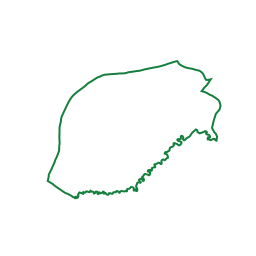 Atsaphone, Savannakhét, Laos (Mercator projection), rotated 150°
{"feature_id": "54806243B37030800305867", "entity_name": "Atsaphone", "entity_type": "district", "adm_level": 2, "iso_a3": "LAO", "parent_name": "Laos", "parent_adm1": "Savannakhét", "projection": "mercator", "projection_center": [105.412, 16.945], "detail": "fine", "context": "isolated", "style": "outline", "palette": "green", "viewbox_px": 256, "rotation_deg": 150, "n_neighbors": 0, "source": "geoboundaries", "source_scale": "gbopen_adm2", "svg_char_len": 5525}
<svg xmlns="http://www.w3.org/2000/svg" viewBox="0 0 256 256"><g transform="rotate(150 128 128)"><path d="M148.1,185.3L153.9,184.7L158.4,183.8L160.4,183.2L162.4,182.4L165.0,181.1L170.1,177.8L179.1,171.5L180.3,170.5L181.4,169.3L183.1,167.0L184.8,165.1L186.1,163.8L187.0,162.7L187.8,161.4L188.8,159.6L192.1,154.3L194.9,148.9L195.6,147.9L196.5,146.9L197.3,145.5L198.6,143.5L198.9,142.9L203.8,138.8L206.9,136.7L209.1,134.7L213.3,131.8L214.7,130.7L218.9,127.9L220.1,127.0L220.9,125.6L224.0,122.3L221.4,117.5L220.7,115.7L219.2,112.1L214.8,103.1L213.2,101.2L211.2,98.1L210.1,95.5L209.3,94.9L209.2,94.7L209.0,93.7L208.9,93.6L208.6,93.7L207.9,94.6L207.6,94.6L207.4,94.5L207.4,94.3L207.8,93.5L207.7,93.2L206.8,92.9L206.3,92.9L205.7,93.1L205.3,93.5L205.4,94.0L205.3,94.3L204.4,94.8L204.4,95.4L203.2,96.0L202.4,96.5L202.1,96.4L201.7,95.7L200.6,94.7L199.8,93.3L199.6,93.3L199.3,93.5L199.1,93.8L199.1,94.7L198.9,94.9L198.7,94.9L198.4,94.5L197.7,93.8L197.1,93.5L196.6,93.6L196.1,94.0L195.7,93.9L194.8,93.2L194.1,92.2L193.5,91.8L193.1,91.7L192.8,91.8L192.1,92.4L191.8,92.5L191.7,92.3L191.6,92.0L191.4,91.2L191.2,90.9L190.5,90.6L190.0,90.2L189.9,89.8L190.0,88.7L190.3,88.3L190.2,88.2L189.7,88.1L188.6,88.3L188.3,88.5L188.1,88.9L187.8,89.0L187.0,88.6L186.5,88.2L186.5,87.7L186.6,87.3L187.2,86.4L187.1,86.0L186.9,85.7L186.7,85.6L186.1,85.9L185.4,86.6L185.1,86.7L184.9,86.5L184.8,86.3L184.8,85.5L184.7,85.3L182.7,84.8L182.4,84.9L182.0,85.2L181.5,85.4L181.3,85.3L181.0,85.1L180.9,85.0L180.9,84.7L181.7,83.6L181.7,83.2L181.4,83.1L180.8,83.4L180.6,83.4L180.0,83.0L179.8,82.4L179.9,81.6L179.7,81.2L179.1,80.5L178.5,80.1L178.1,80.1L177.1,81.0L176.6,80.8L175.9,80.4L175.1,79.3L174.7,78.9L174.2,78.9L173.7,79.0L173.0,79.6L172.8,79.6L172.4,79.5L170.6,78.5L170.1,79.0L169.9,79.1L169.3,79.0L168.8,78.7L168.6,78.0L168.1,77.6L168.0,77.2L167.9,76.4L167.8,76.2L167.3,76.2L166.5,77.0L166.4,77.0L166.0,76.9L165.3,76.7L164.4,76.1L163.8,75.5L163.0,75.0L162.5,74.8L161.5,74.7L161.1,74.0L160.8,73.8L160.6,73.8L160.4,73.9L160.1,74.6L159.5,75.0L159.1,75.5L157.6,74.9L157.0,74.8L156.5,74.9L155.3,75.3L155.1,75.4L154.7,75.3L153.4,74.1L153.2,73.6L153.2,73.0L153.3,72.5L153.7,71.8L154.2,71.2L154.2,70.9L153.9,70.7L152.3,71.1L151.9,71.0L151.7,70.5L152.4,69.4L152.3,69.2L151.9,69.0L151.4,69.2L151.1,69.5L150.9,69.7L150.5,70.5L150.3,71.3L150.3,72.2L150.4,72.7L150.2,73.3L149.8,73.9L148.4,74.8L147.6,75.7L147.1,75.9L146.6,75.9L145.8,75.5L144.7,74.4L144.2,74.5L144.1,74.8L144.6,75.5L144.6,75.8L144.2,76.8L144.5,77.4L144.1,77.7L143.4,77.8L142.7,77.7L142.1,77.5L141.6,77.1L141.5,76.8L141.4,76.4L141.6,75.4L141.6,74.9L141.4,74.7L141.0,74.5L140.5,74.6L140.1,75.1L139.8,75.8L140.0,77.1L140.5,78.2L140.4,78.4L140.3,78.5L139.8,78.7L138.5,78.8L137.2,79.7L137.0,79.8L136.6,79.8L136.1,79.5L135.0,78.4L134.1,77.8L134.0,77.6L133.5,76.6L133.2,76.5L132.7,76.6L132.1,77.0L131.9,77.4L131.3,77.8L131.1,78.1L131.2,78.6L131.5,79.2L132.5,80.4L132.5,80.5L132.3,80.9L131.8,81.2L131.3,81.3L130.4,80.9L129.7,80.5L129.5,80.1L129.3,79.4L129.0,79.3L128.5,79.4L128.2,79.6L127.8,80.4L127.6,81.2L127.3,81.3L126.9,81.3L125.3,81.0L124.8,80.7L124.4,80.5L124.1,80.4L123.9,80.5L123.7,81.0L123.5,83.1L123.2,83.3L122.6,83.1L122.0,82.8L118.8,82.6L118.3,82.2L117.6,80.4L117.1,80.2L116.6,80.5L116.3,80.9L115.9,82.0L115.7,82.6L115.2,83.0L114.5,83.3L113.8,83.3L113.0,83.0L112.7,82.4L112.7,82.0L112.4,81.8L111.5,81.8L110.1,82.3L109.7,82.4L108.5,82.2L108.3,82.3L108.0,82.8L107.3,85.2L107.9,86.2L108.6,87.0L109.0,87.5L108.8,87.8L108.3,88.2L107.9,88.4L107.6,88.4L107.1,88.2L106.8,88.0L106.3,87.7L105.8,87.6L105.5,87.6L104.8,87.9L103.5,87.7L103.2,87.9L102.1,89.4L101.5,89.9L100.3,89.9L98.7,89.5L98.2,89.6L96.9,90.1L96.7,90.5L96.7,91.0L96.6,91.5L96.0,91.9L95.6,91.9L95.2,91.6L94.3,90.4L93.4,89.4L92.8,87.8L92.5,87.4L92.2,87.3L90.5,87.5L89.9,87.8L88.8,88.7L88.8,89.1L89.4,90.1L90.6,91.3L91.2,92.2L91.3,92.7L91.2,93.1L90.9,93.4L90.7,93.4L90.2,93.4L89.2,92.6L88.4,92.3L88.0,92.3L87.5,92.5L87.3,92.7L87.1,92.9L86.7,94.0L86.4,94.3L86.0,94.5L85.6,94.4L85.1,94.1L85.0,93.9L84.8,93.5L84.9,92.0L85.0,91.7L85.9,91.1L86.0,91.0L86.0,90.7L85.9,90.1L85.6,89.4L85.4,89.3L85.1,89.1L84.0,89.3L82.5,89.9L79.4,89.8L77.7,90.3L77.0,90.8L74.5,91.9L70.1,92.8L69.9,92.7L69.4,92.0L69.2,91.5L69.3,91.0L69.8,90.1L69.8,89.6L69.6,89.3L68.9,88.4L68.8,88.1L68.8,87.7L68.6,87.5L67.3,87.3L66.4,87.0L65.6,87.0L64.7,86.7L62.8,86.7L62.3,86.4L61.8,84.9L62.0,84.7L62.8,84.6L63.1,84.3L63.2,84.0L63.2,83.6L62.8,82.9L61.6,81.8L61.2,81.3L61.1,80.8L61.2,79.9L61.5,79.0L61.6,78.9L61.8,78.8L62.8,79.7L63.1,79.9L63.4,79.9L63.8,79.6L64.3,78.9L64.6,78.4L64.6,78.2L63.5,77.5L62.8,76.5L62.6,76.3L62.0,76.1L59.4,75.8L58.7,75.4L58.4,75.0L58.4,73.6L58.2,73.3L57.7,72.8L56.4,74.5L55.2,75.9L54.8,78.9L55.4,81.3L55.2,86.1L50.3,91.3L45.0,96.2L39.4,98.3L36.7,101.0L35.7,104.7L35.6,106.4L36.0,107.9L36.7,109.1L37.2,110.6L38.1,112.0L38.7,113.6L40.4,115.7L42.5,119.4L44.1,121.3L45.8,123.1L42.1,124.6L37.5,126.0L33.9,127.9L32.0,128.8L34.3,129.5L35.4,130.0L36.4,130.9L36.3,133.4L35.9,137.5L36.5,139.9L37.5,141.9L40.7,144.9L42.7,147.1L45.7,149.6L48.1,151.9L50.2,154.9L51.8,158.0L51.7,159.9L51.9,161.3L53.4,161.8L56.2,162.5L57.5,162.7L58.8,163.1L60.7,163.5L64.6,164.2L69.1,165.3L71.4,166.0L76.1,167.7L80.5,169.2L81.6,169.5L83.2,170.1L89.4,171.8L92.1,173.0L94.2,173.8L98.9,175.7L100.2,176.2L102.1,176.6L103.9,177.2L104.3,177.4L106.9,178.8L108.3,179.6L110.7,180.6L114.5,182.5L118.5,184.4L119.0,184.5L120.1,185.2L121.3,185.7L124.6,186.5L126.6,186.5L128.5,187.0L130.2,187.0L137.8,186.7L139.9,186.7L141.7,186.4L143.5,185.9L148.1,185.3Z" fill="none" stroke="#15803d" stroke-width="2"/></g></svg>